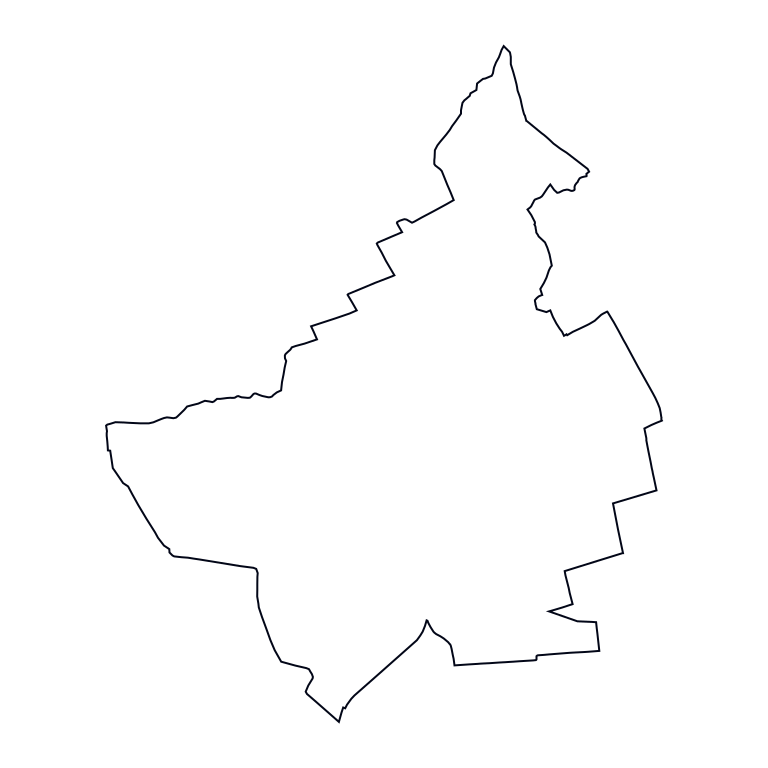 Toboliu, Bihor, Romania (Natural Earth projection)
{"feature_id": "2599482B89514629936161", "entity_name": "Toboliu", "entity_type": "district", "adm_level": 2, "iso_a3": "ROU", "parent_name": "Romania", "parent_adm1": "Bihor", "projection": "natural_earth1", "projection_center": [21.714, 47.047], "detail": "fine", "context": "isolated", "style": "outline", "palette": "ink", "viewbox_px": 768, "rotation_deg": 0, "n_neighbors": 0, "source": "geoboundaries", "source_scale": "gbopen_adm2", "svg_char_len": 5663}
<svg xmlns="http://www.w3.org/2000/svg" viewBox="0 0 768 768"><path d="M596.1,622.2L591.6,621.9L577.4,621.3L552.5,612.6L549.1,611.4L553.6,610.1L562.3,607.5L572.6,604.1L569.7,593.0L568.7,588.0L565.5,575.5L564.8,571.7L564.7,571.1L597.8,560.8L622.7,553.1L623.0,553.1L618.0,529.4L613.0,503.4L656.5,490.4L653.8,477.6L653.3,475.4L652.8,473.1L652.5,471.3L651.8,468.3L650.6,461.9L648.3,450.7L648.2,450.1L647.4,446.0L646.3,440.1L646.4,439.4L646.3,438.0L645.0,431.6L644.4,428.5L651.4,425.0L656.7,422.7L661.5,420.8L661.9,420.6L661.5,419.9L661.3,419.0L661.5,417.8L661.3,417.1L660.6,412.5L659.7,408.1L657.7,403.1L655.3,397.9L652.8,393.2L641.0,372.1L637.9,366.6L630.9,353.6L625.8,344.1L623.6,340.3L618.6,330.9L615.6,325.5L614.5,323.5L613.8,322.3L613.5,321.7L612.9,320.8L607.7,312.2L607.3,311.6L607.1,311.6L603.2,313.6L601.2,314.8L594.7,320.8L590.3,323.4L588.9,324.2L587.1,325.1L586.5,325.4L579.8,328.6L572.9,331.8L567.2,335.2L566.5,334.3L566.1,334.6L565.6,334.9L564.0,335.8L562.1,331.8L559.7,328.7L556.3,323.4L552.9,316.9L550.3,310.4L546.6,312.0L546.4,312.1L536.8,309.2L535.4,303.9L535.5,303.4L535.0,301.5L534.9,300.2L536.7,298.1L538.1,296.9L538.6,296.5L538.7,296.4L541.5,295.2L542.2,295.0L541.8,293.7L540.3,289.0L543.9,283.0L546.5,277.6L548.9,270.4L550.5,267.2L551.8,265.7L549.5,254.3L547.3,247.6L545.0,242.4L538.6,236.4L538.0,235.1L536.3,232.6L536.2,231.2L535.6,228.1L535.6,227.4L535.5,227.1L535.4,226.4L534.4,224.4L534.9,223.8L534.9,222.1L531.3,215.1L527.5,209.5L528.5,208.7L529.5,208.0L530.2,207.4L530.9,206.6L531.1,206.3L531.3,206.1L532.3,204.1L533.3,202.3L534.1,200.6L534.9,199.6L536.1,199.1L540.1,197.6L541.8,196.4L543.1,194.7L544.9,192.0L547.9,187.5L550.3,184.5L554.1,189.9L557.2,192.8L559.0,192.5L561.4,191.3L563.4,190.3L566.9,189.6L568.4,189.8L570.7,190.7L571.3,190.9L572.8,190.8L574.3,190.1L574.6,189.5L574.6,188.4L574.5,187.2L574.7,186.2L575.2,184.9L576.7,182.9L577.6,182.1L578.0,181.1L578.7,179.8L579.6,178.4L580.5,177.8L582.0,177.2L584.0,176.7L586.5,176.2L586.6,175.3L586.4,173.9L587.7,172.8L589.1,171.7L587.6,168.9L566.6,152.7L561.1,149.2L559.4,148.0L556.5,145.8L553.5,143.6L550.9,141.1L549.3,139.6L546.4,137.0L543.9,134.9L541.6,133.2L526.5,120.8L526.3,120.8L525.2,116.7L524.9,115.5L524.4,114.9L524.2,114.5L523.9,113.6L523.0,110.4L522.6,108.8L522.5,108.3L522.3,107.5L521.2,102.5L521.1,101.7L520.8,100.6L520.8,100.4L520.7,99.9L520.5,99.1L519.7,96.4L517.6,90.6L517.2,88.3L517.2,88.0L516.5,84.3L515.1,78.8L513.2,71.9L511.7,67.1L510.8,64.2L510.8,56.9L510.2,53.6L509.9,52.3L503.7,46.1L501.6,49.9L500.3,53.6L498.9,57.3L496.0,62.5L494.0,67.6L492.9,73.4L491.7,75.8L485.3,78.5L483.0,78.9L480.0,81.2L477.1,83.5L476.4,90.0L473.2,91.8L470.5,93.3L469.7,95.9L468.0,97.3L466.3,98.8L464.4,100.3L462.5,102.8L461.9,105.7L461.0,110.3L461.0,113.7L456.2,120.6L452.1,126.1L449.8,129.9L446.3,134.5L440.0,142.0L437.4,145.4L434.9,150.2L434.6,157.5L434.3,160.3L434.3,164.0L435.3,165.5L440.1,169.2L441.8,171.1L444.3,177.3L447.3,184.8L450.6,192.4L453.7,200.1L446.5,204.2L434.0,211.0L421.7,217.5L414.4,221.6L412.0,222.7L406.6,219.6L404.6,219.2L403.3,219.5L399.5,220.8L397.2,222.1L396.9,223.0L398.3,225.7L402.1,232.2L391.7,236.6L377.9,242.5L376.8,243.5L377.4,245.0L381.8,252.8L385.8,260.7L390.2,268.2L394.4,275.3L392.1,276.3L375.0,282.9L364.3,287.4L348.3,294.0L347.6,294.8L352.2,302.5L356.7,310.4L349.6,313.5L335.6,318.3L322.1,322.7L311.1,326.3L313.5,331.4L317.0,339.4L304.6,343.6L295.7,346.0L291.7,347.4L291.3,348.3L290.2,349.8L287.4,352.3L285.6,354.0L284.9,355.3L284.9,357.0L285.0,358.4L286.2,361.0L284.7,367.5L283.5,374.7L282.0,382.1L281.1,390.4L276.8,392.4L273.4,395.0L272.0,396.5L270.1,397.2L268.4,397.3L262.3,396.0L259.4,395.0L255.9,393.5L254.6,393.5L253.5,394.0L251.2,396.6L249.9,397.7L247.9,397.9L243.9,397.5L241.6,397.3L239.9,396.7L238.4,396.1L237.1,396.3L234.8,397.7L232.9,397.9L230.1,397.8L227.1,398.0L223.3,398.5L219.9,398.9L217.0,398.9L213.9,401.5L212.4,402.1L209.5,401.5L204.9,400.8L201.0,402.4L198.3,403.6L192.3,405.1L187.1,406.5L184.3,409.8L177.3,416.6L175.9,417.7L173.3,418.2L169.1,417.6L166.9,417.4L164.1,418.0L161.6,418.9L157.9,420.4L153.4,422.3L149.0,423.3L146.9,423.3L139.6,423.3L128.7,422.8L124.1,422.5L115.4,422.2L110.6,423.7L107.3,424.6L106.1,425.6L106.3,427.0L106.6,428.9L107.0,431.2L106.7,433.1L106.7,435.8L107.3,441.5L107.7,446.6L107.9,450.4L110.2,450.7L111.6,459.9L112.8,468.1L115.8,472.4L123.1,483.1L128.1,486.4L132.3,494.3L138.4,505.3L146.4,518.7L155.0,532.3L158.0,537.8L164.0,545.6L169.3,549.1L169.5,552.5L171.0,554.0L172.5,555.5L174.2,556.4L181.4,557.2L188.0,557.7L193.6,558.6L199.7,559.5L240.2,566.1L253.4,567.8L256.2,568.9L257.7,573.1L257.4,576.7L257.3,584.3L257.3,589.8L257.2,596.5L258.4,603.7L258.8,607.4L262.0,617.0L266.3,628.7L270.4,640.1L274.7,650.2L281.2,661.7L295.4,665.6L306.3,668.1L309.0,669.2L310.2,671.4L311.9,674.1L312.9,676.9L312.6,678.5L308.3,685.5L308.0,686.2L305.9,691.2L305.7,691.7L307.0,694.0L309.0,695.7L316.6,702.3L319.1,704.5L324.7,709.4L338.9,721.9L341.5,712.6L343.2,707.5L345.2,708.3L347.0,704.7L351.3,698.8L354.4,695.5L379.0,673.8L416.9,640.2L420.3,635.5L422.7,631.6L425.0,625.9L426.6,620.4L427.5,620.8L428.4,623.1L430.6,627.2L433.4,631.6L434.3,632.6L436.2,634.1L440.4,636.3L443.8,638.5L448.3,642.3L448.5,642.6L449.9,644.3L450.2,644.4L450.8,645.8L451.6,648.9L452.2,652.0L452.8,655.1L453.6,658.7L454.5,665.4L469.0,664.4L477.3,663.9L481.1,663.6L485.2,663.4L489.4,663.2L499.5,662.5L505.2,662.2L509.7,661.9L513.1,661.7L520.1,661.2L528.4,660.7L533.3,660.4L535.9,660.1L536.2,659.9L536.5,659.4L536.5,658.6L536.5,657.2L536.5,656.2L536.8,655.9L537.3,655.5L537.9,655.3L543.8,654.9L549.2,654.4L569.7,652.8L573.1,652.6L584.8,652.0L587.8,651.8L599.3,650.9L597.4,633.6L596.7,627.9L596.1,622.2Z" fill="none" stroke="#020617" stroke-width="2"/></svg>